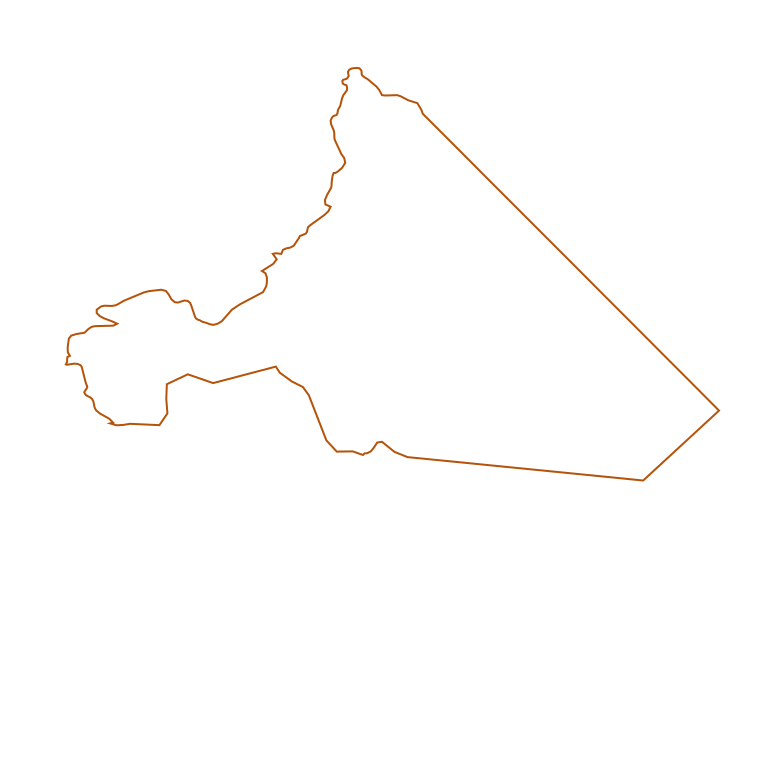 outline of Kagera, rotated 45°
{"feature_id": "TZA-3360", "entity_name": "Kagera", "entity_type": "Region", "adm_level": 1, "iso_a3": "TZA", "parent_name": "United Republic of Tanzania", "parent_adm1": "", "projection": "albers", "projection_center": [30.807, -1.99], "detail": "fine", "context": "isolated", "style": "outline", "palette": "amber", "viewbox_px": 768, "rotation_deg": 45, "n_neighbors": 0, "source": "natural_earth", "source_scale": "10m", "svg_char_len": 2625}
<svg xmlns="http://www.w3.org/2000/svg" viewBox="0 0 768 768"><g transform="rotate(45 384 384)"><path d="M142.3,200.6L140.4,199.3L140.0,198.0L140.6,196.7L141.4,195.4L141.9,194.1L141.2,191.1L137.9,188.9L137.2,186.5L137.9,184.0L139.6,181.6L141.4,179.8L141.6,179.5L143.4,178.1L146.2,178.3L147.8,179.4L148.9,180.6L150.2,181.2L152.9,181.0L157.0,180.0L168.2,179.0L173.0,179.5L178.3,181.2L181.1,178.9L189.0,170.5L192.2,168.8L200.6,166.2L209.0,161.8L216.8,163.8L220.3,165.5L234.6,165.5L275.2,165.5L315.7,165.6L320.4,165.6L356.3,165.6L396.8,165.6L437.3,165.6L476.7,165.7L477.9,165.7L518.4,165.7L559.0,165.8L599.5,165.8L639.7,165.9L635.5,269.0L452.3,419.1L439.4,424.6L423.4,426.3L420.6,430.2L421.9,436.7L422.3,441.1L420.9,445.1L419.3,446.8L419.3,449.1L409.6,453.7L398.4,465.2L383.1,464.6L338.8,445.1L328.7,443.5L317.0,447.4L302.2,449.7L295.2,448.2L262.5,504.2L238.4,515.9L230.6,537.7L240.7,548.6L251.6,557.9L254.3,571.9L232.6,591.7L228.5,597.4L224.0,602.4L218.2,605.5L219.7,602.9L214.5,602.8L204.2,605.7L199.0,606.2L196.1,605.3L191.1,602.0L188.3,601.0L185.6,601.2L183.4,602.0L181.1,602.6L178.1,602.0L177.6,601.0L176.9,597.4L176.4,596.0L175.4,595.4L172.5,594.2L158.1,585.6L156.3,585.3L153.2,586.4L150.6,588.6L146.2,594.6L145.2,595.1L144.2,592.3L142.3,590.4L141.0,588.6L142.0,586.2L138.0,585.1L134.6,582.0L129.1,574.8L128.6,571.0L131.2,566.1L136.0,559.5L136.1,553.9L136.8,550.5L138.6,547.6L151.3,534.2L152.7,530.0L147.6,531.9L139.7,535.5L135.0,537.0L130.7,537.0L128.3,534.6L129.1,529.2L130.9,526.4L136.2,521.4L138.3,518.6L139.3,516.3L141.1,509.3L149.5,488.9L152.4,484.2L159.8,474.9L164.0,472.4L168.8,473.0L173.6,474.4L178.2,474.1L180.7,472.1L183.8,466.1L186.4,464.1L189.2,463.7L191.6,464.5L203.1,470.2L204.9,470.6L207.0,470.1L208.6,469.2L211.6,468.4L215.1,466.4L218.8,464.8L221.7,462.7L223.9,458.6L224.9,454.1L223.9,438.9L225.9,429.2L233.5,404.5L231.6,398.1L229.3,394.9L225.9,391.5L221.9,389.5L217.8,390.4L220.7,377.5L220.0,371.7L213.4,370.6L214.5,368.8L215.8,367.4L219.4,364.6L217.7,360.6L219.0,357.2L221.2,353.9L222.4,350.1L220.7,341.3L219.9,338.9L222.4,332.9L221.9,330.8L219.9,327.8L219.4,326.7L219.5,324.3L222.3,306.8L222.5,301.1L220.9,296.4L215.6,298.5L212.2,295.7L210.1,290.7L207.9,282.8L206.9,281.1L204.2,278.2L200.5,273.3L199.2,270.4L200.4,269.1L201.1,266.5L201.5,260.7L200.2,255.0L195.9,252.3L191.6,251.7L176.9,246.3L174.9,245.1L171.6,241.9L169.3,240.3L162.7,237.6L159.9,235.4L158.7,231.9L158.9,230.2L159.4,228.9L159.9,228.0L160.2,227.3L159.7,225.5L157.7,222.8L156.4,218.3L152.3,211.6L151.0,208.4L150.1,202.7L149.2,201.3L146.4,199.3L145.5,199.6L144.1,200.4L142.3,200.6Z" fill="none" stroke="#b45309" stroke-width="2"/></g></svg>